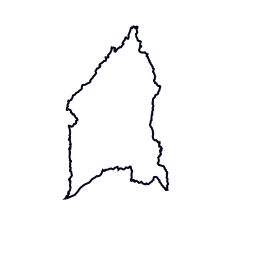 the district of Granada, Antioquia, Colombia, rotated 210°
{"feature_id": "7082276B66868517078286", "entity_name": "Granada", "entity_type": "district", "adm_level": 2, "iso_a3": "COL", "parent_name": "Colombia", "parent_adm1": "Antioquia", "projection": "natural_earth1", "projection_center": [-75.146, 6.125], "detail": "fine", "context": "isolated", "style": "outline", "palette": "ink", "viewbox_px": 256, "rotation_deg": 210, "n_neighbors": 0, "source": "geoboundaries", "source_scale": "gbopen_adm2", "svg_char_len": 5866}
<svg xmlns="http://www.w3.org/2000/svg" viewBox="0 0 256 256"><g transform="rotate(210 128 128)"><path d="M112.6,148.3L113.7,150.4L113.8,151.0L113.6,151.7L114.3,152.2L114.5,153.3L115.3,154.4L115.3,156.4L115.6,156.7L116.2,156.8L116.7,157.6L117.0,159.8L117.4,160.3L118.8,161.1L118.9,162.1L119.6,162.4L119.8,163.7L120.7,165.2L120.8,166.4L120.2,168.1L120.6,169.6L120.6,170.4L119.3,171.9L119.2,173.0L119.8,174.5L119.6,176.0L120.8,180.1L121.6,180.3L122.5,179.7L123.1,179.5L123.8,179.9L124.7,179.9L125.6,180.9L126.0,180.9L127.1,180.5L128.0,181.4L129.0,181.7L129.4,182.3L129.2,183.7L129.9,184.7L130.1,186.2L133.2,188.7L134.5,189.2L135.1,192.0L136.4,192.2L137.5,193.6L138.1,193.6L138.9,194.3L140.2,194.8L140.8,195.2L141.1,195.7L142.2,195.8L142.7,196.9L143.6,197.0L143.9,197.6L145.4,198.4L146.4,199.5L147.7,199.4L148.0,199.9L147.8,201.4L148.0,201.8L150.1,201.4L151.1,202.0L151.7,201.7L152.3,201.0L154.6,200.0L155.2,199.9L156.7,200.3L157.6,201.6L157.6,202.7L158.1,203.9L158.1,204.4L157.3,204.9L157.3,205.3L157.6,205.5L158.5,205.4L158.8,205.6L159.7,207.5L160.0,209.0L160.3,209.3L160.8,209.3L162.8,208.6L163.8,209.1L164.7,210.3L166.0,210.8L167.1,212.0L168.1,213.5L167.7,214.7L167.8,215.5L170.1,217.9L170.0,219.7L170.2,220.2L170.6,220.4L171.1,220.2L171.6,219.5L171.6,218.4L171.8,218.2L172.1,218.3L172.5,219.0L174.1,218.7L174.3,216.7L175.2,216.8L175.4,215.9L174.5,212.6L174.1,208.7L172.8,207.1L172.5,205.4L173.0,205.1L175.0,205.5L175.4,205.0L175.2,204.1L174.7,203.2L175.2,201.2L175.1,198.7L173.9,198.5L174.4,195.7L174.4,194.5L174.5,194.3L175.6,193.8L175.7,193.1L176.4,192.0L176.8,190.7L176.8,188.9L177.1,187.8L177.6,187.7L178.2,187.9L178.8,188.8L179.0,190.4L179.5,190.8L180.7,190.5L181.4,189.6L182.4,189.6L182.2,188.8L181.4,187.8L181.0,184.7L181.0,184.0L181.7,181.2L181.3,180.5L180.5,179.8L180.3,179.3L180.7,178.8L182.2,178.3L182.7,178.0L181.1,176.1L180.9,175.2L181.2,174.8L182.4,173.9L182.5,172.9L183.0,172.0L183.2,170.9L184.0,169.8L184.3,168.7L184.1,168.1L182.9,167.7L182.7,167.1L183.4,166.1L183.5,165.0L184.5,164.1L184.7,163.5L184.4,162.1L184.6,161.3L184.5,160.8L183.7,160.1L183.2,159.9L183.0,159.5L183.3,156.7L183.7,155.6L183.8,153.1L184.3,151.7L184.3,149.8L183.8,149.4L183.7,149.0L184.1,148.0L185.4,146.3L186.6,144.2L187.6,143.3L188.5,142.9L188.8,142.5L188.9,141.8L188.5,140.4L187.7,139.1L187.8,138.0L188.1,137.1L188.8,136.2L189.0,134.5L190.5,132.2L190.6,130.4L191.9,128.8L191.9,128.4L191.3,126.7L191.3,124.0L192.1,122.5L192.5,122.1L193.2,122.0L193.2,121.8L193.0,120.9L192.1,120.4L191.9,119.6L192.1,118.3L191.5,117.0L190.8,116.8L191.0,115.0L190.0,113.1L189.6,113.3L189.1,114.4L186.8,114.7L185.5,113.8L185.1,112.9L183.5,112.8L182.7,112.1L182.0,112.8L181.6,112.8L180.9,112.1L179.8,111.8L179.4,111.3L178.0,110.8L177.3,110.9L175.8,109.9L175.7,109.4L176.4,108.7L176.5,108.1L175.6,106.9L175.4,105.9L175.5,105.4L176.7,104.6L176.6,102.7L176.8,101.8L177.5,100.9L178.3,100.8L179.2,100.8L180.3,100.5L180.3,100.0L178.6,98.6L176.0,95.5L175.0,93.4L175.1,92.5L173.8,91.6L173.6,89.6L173.1,90.0L172.8,89.7L172.8,88.1L172.1,88.1L171.6,87.8L170.3,85.9L169.6,85.5L169.9,84.8L169.3,84.6L168.3,82.7L168.7,82.0L168.7,81.7L168.0,82.0L167.6,81.4L167.5,80.9L168.0,79.9L166.1,78.1L165.9,77.7L166.0,77.0L165.2,76.4L165.1,75.6L163.7,73.0L162.5,71.8L162.3,71.1L162.0,70.9L161.0,71.0L160.7,70.8L160.6,70.4L160.9,69.6L160.8,69.0L159.9,67.6L159.4,67.1L159.4,66.3L159.2,65.8L158.7,65.2L157.9,65.1L157.7,64.7L157.3,63.7L157.4,63.3L156.8,63.0L156.8,61.9L155.6,61.7L154.8,61.2L153.8,59.8L152.8,58.8L152.8,57.5L153.1,56.8L153.0,55.4L153.1,55.0L153.4,54.7L153.4,53.9L153.0,53.7L152.5,54.1L151.9,53.0L151.3,53.1L151.0,52.9L151.1,52.1L150.4,51.4L149.5,49.1L148.9,48.4L148.3,48.3L147.2,45.4L147.2,43.8L147.6,42.9L146.9,42.3L147.3,41.8L147.2,41.3L146.3,41.4L146.4,40.4L146.1,39.7L146.4,38.8L147.1,38.4L146.9,36.3L147.1,35.6L145.7,36.7L140.6,43.5L139.6,48.4L139.6,50.1L139.3,52.3L138.1,55.5L137.4,57.1L134.2,61.6L133.5,65.7L131.6,69.1L131.1,70.6L129.5,71.5L128.6,72.7L128.3,73.9L128.3,75.9L128.8,79.0L127.4,78.8L126.6,79.4L126.8,80.4L125.2,81.4L123.4,83.4L122.7,84.4L120.2,84.8L119.5,86.3L119.5,86.9L117.6,89.1L116.6,88.1L115.7,87.7L115.4,87.2L115.0,88.5L114.6,89.2L113.7,89.4L113.1,89.8L111.7,89.7L111.0,90.0L110.5,90.7L109.9,93.0L108.0,93.3L107.5,93.8L107.3,95.3L106.9,95.7L106.4,95.8L104.0,93.3L103.1,93.1L103.1,92.5L102.4,91.7L102.3,90.5L101.6,89.5L101.4,88.7L100.6,87.9L99.9,86.6L99.7,84.8L99.1,83.9L98.5,84.0L97.8,85.4L97.1,85.8L96.4,85.7L96.2,84.9L95.5,84.8L95.2,84.9L94.7,86.0L94.3,86.4L92.3,86.4L91.2,85.9L90.4,86.5L89.8,87.9L89.5,88.2L88.1,87.5L87.0,87.4L84.6,88.0L84.5,89.0L84.2,89.3L82.9,89.2L82.3,89.6L81.7,90.8L81.3,92.3L80.6,93.4L80.6,94.8L80.0,95.9L80.7,97.3L80.9,98.5L79.8,99.4L78.4,99.8L75.5,98.5L74.4,98.3L73.7,97.0L71.8,96.6L70.2,95.4L68.8,95.2L67.7,94.5L65.5,94.4L65.4,93.7L64.0,93.3L62.8,94.2L62.9,94.4L63.3,94.4L64.2,95.2L64.2,96.2L65.4,97.6L65.2,99.6L67.3,101.2L68.4,103.8L69.3,104.0L69.9,104.5L70.3,106.2L71.4,107.6L71.4,108.6L71.8,108.7L72.1,109.3L72.9,109.5L73.5,110.0L74.0,110.0L74.3,110.6L75.6,111.0L76.0,111.6L76.6,111.7L77.2,112.4L78.2,112.7L80.0,112.1L81.0,112.0L81.3,111.7L82.1,111.8L82.3,111.5L82.6,111.4L83.7,111.7L84.2,112.6L84.6,112.6L84.5,113.2L84.8,113.5L84.7,114.1L84.8,114.9L85.6,116.0L87.0,117.4L86.9,118.2L87.0,118.7L86.7,119.1L86.8,119.8L86.4,120.3L86.7,120.7L86.4,121.9L87.3,122.8L88.0,123.1L88.8,124.2L88.3,124.3L88.3,124.8L87.8,125.0L87.8,125.3L88.0,125.8L88.5,126.0L88.5,126.7L89.0,126.7L88.9,127.4L89.4,127.8L90.2,128.1L90.6,128.1L91.4,127.5L91.8,127.5L92.0,128.2L92.3,128.4L92.4,129.1L93.1,129.7L93.0,130.9L93.3,131.2L93.4,130.5L94.1,131.1L95.2,130.6L96.1,131.3L97.4,131.6L98.1,130.9L98.7,130.7L100.2,131.0L101.3,131.8L102.6,133.3L102.8,134.5L103.2,135.6L104.1,136.1L104.4,137.1L105.6,138.4L107.0,139.4L107.6,140.1L108.9,140.4L110.7,141.9L111.0,143.9L111.6,144.9L111.7,146.0L111.5,146.8L112.3,147.5L112.6,148.3Z" fill="none" stroke="#020617" stroke-width="2"/></g></svg>